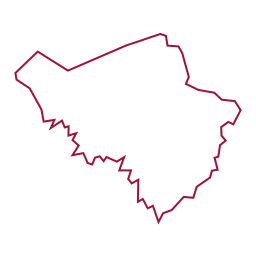 Fleming, Kentucky, United States of America
{"feature_id": "52423323B16760069274755", "entity_name": "Fleming", "entity_type": "district", "adm_level": 2, "iso_a3": "USA", "parent_name": "United States of America", "parent_adm1": "Kentucky", "projection": "natural_earth1", "projection_center": [-83.696, 38.348], "detail": "fine", "context": "isolated", "style": "outline", "palette": "rose", "viewbox_px": 256, "rotation_deg": 0, "n_neighbors": 0, "source": "geoboundaries", "source_scale": "gbopen_adm2", "svg_char_len": 879}
<svg xmlns="http://www.w3.org/2000/svg" viewBox="0 0 256 256"><path d="M37.7,51.6L15.4,73.0L16.5,79.6L29.7,88.4L41.4,109.4L43.7,121.6L54.4,119.9L50.9,127.9L62.0,120.6L64.7,127.4L68.6,126.3L68.5,135.6L76.2,133.2L72.5,140.1L78.7,145.5L72.5,155.2L83.3,153.1L87.6,163.0L92.2,164.5L95.0,157.7L99.6,156.3L103.7,161.1L106.5,157.0L116.8,161.7L124.1,157.1L119.3,170.4L131.0,170.4L128.2,179.0L131.7,183.4L138.3,179.7L137.9,201.8L142.8,199.0L147.7,208.3L152.9,205.8L158.5,222.0L163.1,213.2L171.7,210.1L183.7,196.9L193.3,197.8L196.7,186.8L210.0,177.6L212.0,170.7L217.6,169.7L214.6,157.8L218.3,156.7L220.0,145.2L225.7,140.6L221.5,135.6L221.2,127.1L228.3,121.9L233.3,124.3L240.6,110.2L234.8,101.1L221.7,99.7L214.3,92.7L198.4,89.9L185.9,83.9L188.8,77.0L182.2,53.0L178.4,46.4L167.5,45.6L165.9,35.8L160.3,34.0L126.3,45.4L67.9,70.6L37.7,51.6Z" fill="none" stroke="#9f1239" stroke-width="2"/></svg>